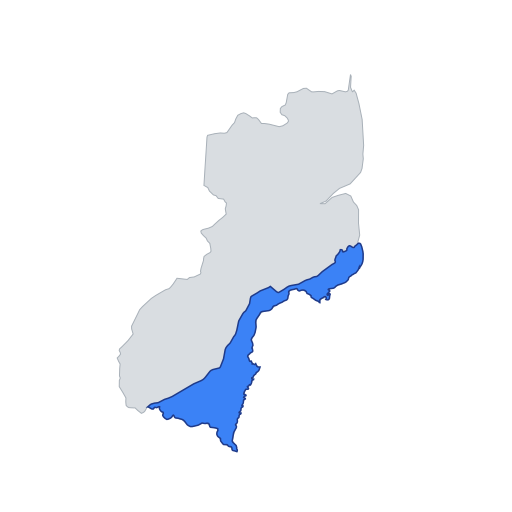 location of East Berbice-Corentyne within Guyana, rotated 42°
{"feature_id": "GUY-671", "entity_name": "East Berbice-Corentyne", "entity_type": "Region", "adm_level": 1, "iso_a3": "GUY", "parent_name": "Guyana", "parent_adm1": "", "projection": "robinson", "projection_center": [-57.523, 3.897], "detail": "fine", "context": "in_parent", "style": "filled", "palette": "blue", "viewbox_px": 512, "rotation_deg": 42, "n_neighbors": 0, "source": "natural_earth", "source_scale": "10m", "svg_char_len": 9631}
<svg xmlns="http://www.w3.org/2000/svg" viewBox="0 0 512 512"><g transform="rotate(42 256 256)"><path d="M170.1,238.4L160.0,225.7L149.9,212.9L140.0,200.4L139.3,198.7L143.5,192.7L147.2,188.4L150.3,186.0L151.8,183.8L150.7,174.6L150.8,171.3L149.3,167.7L148.3,163.6L149.5,160.3L151.0,157.9L153.0,157.0L157.6,156.2L160.9,155.9L162.1,154.5L164.0,152.9L166.5,152.9L171.4,153.9L173.6,151.9L177.6,149.2L186.7,144.4L188.8,141.3L190.2,136.5L190.0,134.2L189.1,133.4L186.9,132.6L183.4,132.5L180.7,133.7L177.8,133.0L175.4,130.1L175.3,127.6L176.7,124.2L175.9,121.9L171.4,114.6L171.4,112.6L174.7,109.3L176.6,106.5L179.1,99.8L181.2,97.6L187.5,96.8L189.1,95.4L192.3,91.9L197.1,87.9L204.0,84.7L206.0,78.8L207.2,77.2L212.7,74.1L213.7,72.5L213.6,71.0L204.8,57.9L206.5,58.8L213.4,67.4L217.1,69.2L217.9,69.3L218.0,67.1L221.4,68.0L230.4,73.8L243.5,83.5L262.0,101.8L267.2,108.7L270.7,112.0L276.2,120.0L277.8,123.9L277.7,139.4L272.8,149.9L271.6,157.8L271.3,168.3L268.5,174.3L272.3,171.0L273.4,161.5L276.6,155.8L280.8,149.5L286.3,148.0L292.3,150.7L297.1,151.1L301.3,153.0L310.3,163.1L319.1,171.1L322.3,177.5L331.7,180.7L337.2,185.7L338.9,190.1L340.0,201.6L338.2,218.8L338.7,219.7L336.2,223.1L335.8,225.3L334.1,229.1L332.9,231.2L334.7,236.0L336.8,236.2L337.6,236.8L338.1,237.7L338.0,238.7L337.2,239.7L335.2,240.8L333.3,243.6L333.5,246.6L332.3,248.2L328.4,249.0L320.9,249.0L317.2,249.2L314.2,249.8L312.2,251.7L309.8,253.1L307.8,253.4L306.1,255.7L304.4,259.0L305.0,261.2L306.7,264.1L307.8,267.2L306.4,272.1L304.9,275.9L304.0,278.8L302.8,284.3L299.9,290.4L297.9,293.9L297.9,297.7L298.9,303.1L304.8,310.9L306.8,314.7L308.4,320.7L313.7,325.4L317.1,329.2L316.8,334.3L317.2,335.8L319.3,337.1L321.9,338.1L324.7,338.0L327.2,337.6L327.8,336.9L333.6,336.8L334.2,338.0L334.6,345.3L334.8,348.2L336.2,349.4L337.0,351.2L337.1,352.9L337.3,356.9L338.2,359.1L338.0,363.4L338.6,365.0L340.2,366.1L342.3,369.2L343.0,369.6L343.4,370.7L345.1,375.1L346.0,376.4L346.6,376.6L346.9,378.2L348.2,382.3L349.0,383.3L350.6,386.4L351.3,389.7L353.4,393.4L355.6,396.1L356.6,398.8L359.4,404.8L362.1,409.0L365.8,410.1L368.8,410.7L370.8,412.4L372.6,414.1L370.6,414.9L368.8,416.0L366.3,415.2L362.8,415.6L359.2,416.8L355.8,417.4L349.5,415.5L347.6,415.3L346.2,414.4L343.6,410.7L342.4,410.3L339.0,412.0L334.9,413.2L332.9,413.0L330.6,414.2L328.4,415.9L324.2,423.2L322.1,425.8L319.7,427.0L315.1,426.9L310.2,427.2L306.5,428.9L303.0,429.8L301.2,430.0L300.7,434.0L299.9,435.8L298.8,436.9L296.1,437.2L293.7,437.0L292.2,435.4L289.5,434.6L287.0,434.0L285.5,433.0L284.2,433.2L283.2,434.9L282.3,436.3L281.6,439.0L277.9,439.8L276.3,441.3L277.3,446.2L276.8,448.1L276.1,449.6L271.6,449.9L267.8,449.8L265.7,451.6L263.0,453.7L261.3,454.1L259.4,453.9L256.8,451.5L254.3,448.5L248.0,446.4L241.8,444.6L237.7,439.9L236.8,437.5L234.8,436.5L230.0,430.8L227.3,427.2L224.4,426.2L221.1,424.7L221.2,422.1L221.0,419.5L219.6,418.5L217.6,417.8L216.8,416.4L217.1,413.0L217.5,404.5L216.9,396.2L212.4,393.4L210.5,391.4L207.1,379.3L205.5,373.8L205.5,369.7L206.6,357.6L207.9,352.4L211.3,341.8L213.3,338.3L213.4,335.6L213.2,332.2L212.2,325.4L218.1,321.2L220.6,319.4L221.0,316.5L224.1,312.9L225.5,309.5L226.7,306.8L226.3,305.3L225.0,304.5L223.4,301.9L220.0,294.5L218.8,293.0L217.7,291.0L218.3,287.7L219.6,284.1L219.4,282.6L217.4,280.7L213.2,277.5L209.8,277.3L207.1,276.1L203.2,276.0L200.0,275.6L198.3,274.4L198.6,272.5L199.4,271.0L202.0,267.2L203.8,263.3L204.1,259.4L204.6,254.3L205.4,249.8L205.8,244.8L201.6,241.5L200.3,238.8L198.6,236.4L196.7,236.4L193.9,235.4L189.4,238.5L185.9,237.9L183.5,239.1L177.9,238.9L174.4,237.4L170.1,238.4Z" fill="#d9dde1" stroke="#a8b0b8" stroke-width="1"/><path d="M333.3,335.8L334.5,338.6L334.7,339.3L334.6,341.2L334.5,341.5L334.1,342.2L334.2,342.7L334.5,343.1L334.7,343.7L334.6,344.4L334.4,345.5L334.3,346.1L334.4,346.7L334.9,348.0L334.8,348.6L334.5,349.1L334.4,349.4L334.9,349.9L335.4,349.9L335.9,349.8L336.6,349.1L336.7,349.3L336.9,349.5L336.2,351.0L336.6,352.0L337.4,352.9L337.9,354.1L338.2,355.6L338.1,355.8L337.4,355.8L337.2,356.0L337.5,357.5L336.9,358.7L337.5,359.1L339.0,359.3L339.3,360.1L338.8,360.8L338.0,361.5L337.6,362.0L338.2,364.8L338.4,365.4L338.8,365.6L339.1,366.6L339.7,366.9L340.2,366.7L341.1,366.2L341.7,366.1L342.0,366.5L341.2,368.4L341.5,369.4L343.3,369.0L343.7,369.3L343.6,369.9L343.1,371.1L343.4,371.8L344.6,373.3L345.1,374.3L345.4,376.4L345.7,376.7L346.7,376.1L347.1,376.8L346.7,378.1L346.7,379.0L347.0,379.5L348.2,381.1L348.2,381.5L348.0,383.3L348.3,383.8L349.0,383.5L349.9,382.7L350.3,383.2L350.3,383.8L350.0,384.4L349.9,384.9L350.1,385.7L350.3,386.1L351.1,387.0L351.3,387.5L351.3,388.1L351.0,388.8L351.3,389.8L353.0,391.5L353.6,392.7L353.5,394.6L353.7,395.1L354.2,395.4L355.3,395.6L355.7,395.9L356.3,396.9L356.8,399.3L357.1,400.5L357.5,402.1L362.1,409.4L363.4,410.0L368.0,410.1L369.8,411.2L370.1,411.6L370.4,412.0L370.8,412.3L371.8,412.6L372.2,413.0L372.5,413.5L372.7,414.2L370.5,415.1L369.0,416.0L368.3,416.1L367.5,415.7L366.9,415.1L366.1,414.5L365.2,414.4L364.4,414.8L363.8,415.3L363.1,415.7L362.1,415.7L361.2,415.5L360.5,415.7L358.5,417.5L357.9,417.8L357.2,417.8L353.9,417.2L353.2,416.9L352.5,416.2L352.1,415.7L351.7,415.4L350.7,415.4L349.1,415.6L348.4,415.6L347.5,415.4L346.2,414.7L345.4,413.8L344.8,412.7L344.5,411.2L343.1,409.9L340.8,410.9L336.7,413.8L335.7,413.6L334.0,412.4L332.8,412.2L331.8,412.7L331.1,413.4L330.5,414.3L329.7,415.0L328.7,415.6L328.1,415.9L327.6,416.4L326.4,420.0L325.9,420.9L322.7,425.5L321.3,426.7L319.1,427.3L317.6,427.4L313.6,426.6L311.9,426.5L310.4,426.9L306.5,428.8L304.9,430.0L304.1,430.3L303.3,430.2L301.9,429.6L301.1,429.5L300.9,429.9L300.9,430.7L301.2,432.4L301.0,433.3L300.7,434.3L299.9,436.0L299.1,437.1L297.1,437.5L294.9,437.4L293.4,436.9L293.0,436.5L292.7,435.3L292.3,434.8L291.5,434.3L291.0,434.4L290.6,434.7L290.0,434.9L289.1,434.9L288.0,434.7L287.0,434.4L286.2,433.9L285.8,433.5L285.4,432.6L285.2,432.5L284.6,432.9L284.0,434.4L283.7,435.1L283.3,435.4L282.2,436.0L281.9,436.3L281.8,436.8L282.1,438.0L282.0,438.5L280.7,439.5L276.7,440.3L276.5,440.5L276.9,437.2L277.3,436.0L279.0,433.3L281.1,430.9L281.6,430.1L284.0,423.7L286.0,420.3L287.7,416.6L295.3,392.6L298.6,385.4L299.2,383.6L299.4,382.6L299.5,381.4L299.5,379.9L299.0,372.9L299.0,372.1L299.2,371.0L299.9,369.3L303.7,363.7L303.8,363.3L303.7,362.2L300.7,354.2L295.7,346.1L295.1,344.4L294.9,342.9L294.8,341.4L295.0,338.9L295.0,337.9L293.4,330.7L293.4,329.5L293.2,328.3L293.0,327.5L291.4,324.0L287.0,316.5L286.6,315.7L286.3,314.5L284.8,307.6L284.7,305.9L285.0,304.4L285.0,303.2L283.1,295.7L280.2,291.2L279.5,289.6L279.7,288.5L281.6,282.6L282.5,279.1L286.5,271.0L287.0,269.0L295.0,268.8L296.5,268.5L297.3,267.9L299.2,261.8L299.9,258.5L300.7,256.2L301.9,254.4L306.5,248.5L308.9,241.5L309.8,239.6L311.4,237.2L312.5,233.9L313.3,232.4L314.8,230.6L315.1,229.7L315.3,228.6L315.7,223.4L318.2,211.4L319.1,208.9L319.2,208.5L319.1,207.6L318.4,206.8L317.7,206.6L317.0,205.7L315.5,202.1L315.7,200.3L315.5,197.7L315.2,196.4L314.4,194.9L315.0,194.3L316.0,193.9L316.3,193.9L316.6,194.0L317.4,194.8L317.7,194.8L317.9,194.7L318.4,194.2L319.4,192.2L319.6,191.0L319.4,190.6L318.7,189.9L318.6,189.6L318.2,187.9L318.2,187.1L318.3,186.4L318.7,185.7L319.0,185.6L319.7,185.3L321.7,185.0L322.3,184.8L322.8,184.4L323.1,184.1L323.2,183.8L323.1,183.5L322.9,182.4L323.1,181.4L323.3,180.8L323.3,180.4L323.4,179.3L323.4,178.4L324.0,177.6L324.5,177.3L324.7,177.1L324.9,177.1L325.8,177.1L326.8,177.6L328.6,178.5L330.6,179.9L332.3,181.1L334.2,182.7L338.1,187.2L339.1,188.8L340.0,190.8L340.5,193.0L340.6,194.3L340.8,194.9L341.0,195.5L341.1,196.0L341.2,196.6L340.5,195.4L340.1,195.1L341.2,197.8L341.3,198.9L341.5,201.7L340.7,203.6L340.5,204.6L339.9,206.2L339.9,207.3L339.4,208.6L339.3,209.8L340.4,211.9L340.3,214.8L339.8,216.5L339.2,217.6L338.6,218.8L336.2,222.8L336.2,223.1L335.8,224.3L335.6,225.1L335.6,226.3L335.4,227.5L334.9,228.4L332.6,231.0L332.2,231.6L332.0,232.2L332.2,232.7L332.7,232.7L333.3,232.4L333.8,232.5L334.1,232.5L334.3,232.6L334.3,236.4L334.4,236.8L334.7,237.1L335.1,237.3L335.5,237.2L335.8,237.0L335.9,236.6L335.5,236.0L335.2,235.4L335.3,234.9L335.7,234.7L336.2,234.6L336.7,234.8L336.9,235.1L337.3,236.1L338.9,238.3L339.2,239.4L339.0,240.2L338.4,240.8L337.7,241.3L336.9,241.6L336.7,240.5L336.2,240.0L335.6,239.8L334.8,239.7L334.3,240.1L334.0,240.8L333.6,242.3L332.9,244.2L332.8,244.8L332.7,245.5L332.9,246.1L334.7,247.9L334.2,248.2L333.8,248.1L333.4,248.0L333.0,247.9L332.3,248.0L331.1,248.6L329.9,249.0L326.1,249.4L325.3,249.7L324.7,249.7L324.4,249.6L323.6,248.8L323.4,248.6L322.2,248.7L321.1,248.9L319.0,249.7L317.1,248.8L315.3,248.9L313.7,249.8L312.5,251.2L311.8,252.8L311.2,253.2L310.0,253.4L309.4,253.3L309.0,253.0L308.5,252.9L307.9,253.1L307.6,253.4L306.6,255.3L305.1,257.2L304.3,258.5L304.0,260.3L304.4,261.0L305.2,261.5L305.9,262.1L306.6,264.3L307.9,266.1L308.2,267.1L308.2,268.1L307.8,269.0L307.0,270.4L306.2,273.2L305.4,274.7L304.5,277.1L304.2,278.9L303.2,280.3L302.7,281.1L302.5,282.1L302.7,282.9L302.9,283.8L303.1,284.6L302.9,286.0L302.6,287.1L302.1,288.0L298.0,292.8L297.3,293.9L297.2,295.0L297.8,297.4L298.4,301.9L298.9,303.8L300.1,305.5L303.2,308.3L304.0,309.3L306.4,313.3L307.4,315.8L307.6,316.8L307.7,319.2L308.0,320.4L308.5,321.4L309.3,322.0L311.7,323.0L313.5,324.4L313.6,324.8L313.9,325.7L314.3,326.5L314.4,326.9L314.6,327.1L314.8,327.3L315.3,327.3L315.4,327.5L316.6,328.2L317.4,329.2L317.3,330.2L316.6,331.8L316.7,332.8L316.4,334.6L316.5,335.2L316.7,335.8L316.9,336.1L317.1,336.3L317.5,336.5L318.8,336.8L321.1,338.2L321.6,338.4L322.1,338.3L322.6,337.3L323.2,337.4L324.0,338.0L324.8,338.1L325.1,338.3L325.4,338.8L325.7,338.6L326.2,338.0L327.5,337.7L327.8,337.2L327.8,336.2L329.3,336.9L330.6,337.4L331.8,337.1L333.3,335.8Z" fill="#3b82f6" stroke="#1e3a8a" stroke-width="1.5"/></g></svg>